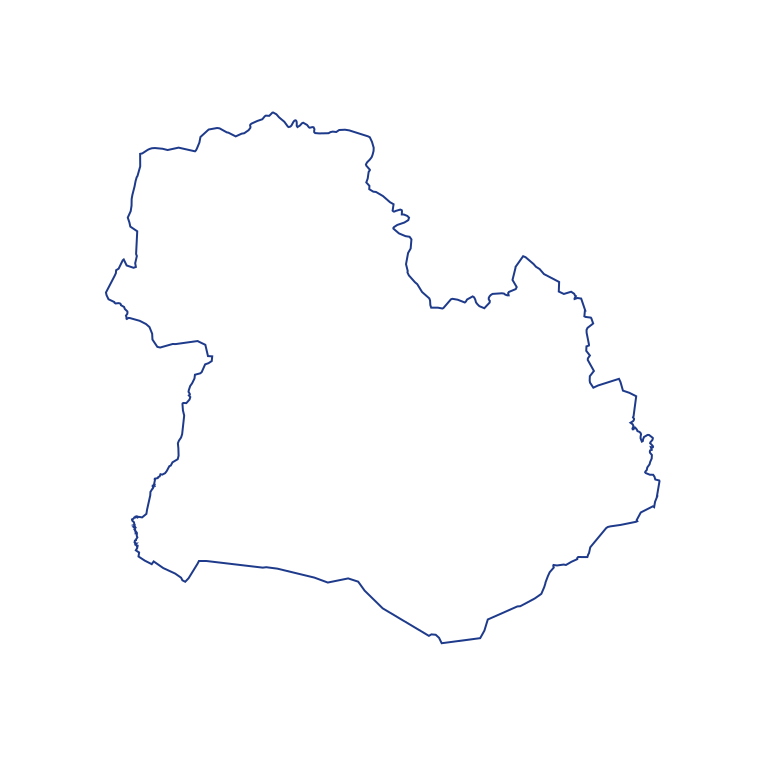 the district of Inešu pag., Vecpiebalgas, Latvia, rotated 193°
{"feature_id": "27541924B64106347464123", "entity_name": "Inešu pag.", "entity_type": "district", "adm_level": 2, "iso_a3": "LVA", "parent_name": "Latvia", "parent_adm1": "Vecpiebalgas", "projection": "orthographic", "projection_center": [25.833, 57.007], "detail": "fine", "context": "isolated", "style": "outline", "palette": "blue", "viewbox_px": 768, "rotation_deg": 193, "n_neighbors": 0, "source": "geoboundaries", "source_scale": "gbopen_adm2", "svg_char_len": 6157}
<svg xmlns="http://www.w3.org/2000/svg" viewBox="0 0 768 768"><g transform="rotate(193 384 384)"><path d="M135.5,428.8L142.9,430.6L149.7,431.3L154.0,439.1L156.2,441.9L175.1,430.7L179.2,427.5L183.6,431.7L184.4,433.7L185.2,437.9L182.4,443.9L190.9,453.3L191.1,454.8L189.8,458.1L194.4,461.8L195.2,466.2L193.0,467.6L193.1,468.4L198.1,479.5L198.8,482.2L198.3,484.5L193.8,490.0L196.8,494.7L197.4,495.2L202.7,494.7L204.0,495.0L204.8,501.1L204.6,501.1L211.1,511.6L214.9,511.3L217.4,509.7L217.6,510.2L216.8,512.8L217.8,513.2L219.0,514.7L222.4,516.0L229.0,512.2L234.5,513.4L236.3,522.8L252.9,527.1L258.2,531.0L262.3,532.4L265.2,534.5L274.6,539.4L277.2,539.8L282.2,527.6L282.0,526.8L282.2,514.3L276.5,508.3L277.0,506.1L283.0,501.8L283.5,500.5L282.5,498.4L283.8,498.1L286.1,498.4L287.4,499.1L289.6,498.9L298.5,496.2L300.0,494.7L300.9,493.1L301.3,491.4L300.9,489.9L299.6,488.8L299.4,487.1L303.3,480.4L308.6,481.3L311.0,482.8L312.7,484.2L314.1,486.8L315.7,488.7L317.3,489.3L322.1,485.0L322.7,482.9L323.6,481.6L331.2,482.7L336.5,482.4L337.8,481.6L343.2,471.4L344.0,470.7L348.6,470.5L355.2,469.0L356.6,471.3L357.9,475.7L359.1,477.6L367.6,482.2L374.1,488.8L376.7,490.1L384.2,495.4L386.0,497.7L386.3,498.2L386.3,499.4L389.5,505.7L390.0,517.1L388.5,522.0L389.8,531.1L392.2,533.2L396.3,532.9L403.3,534.1L409.8,537.5L410.0,538.1L409.5,539.2L406.8,542.0L400.5,545.9L397.2,549.1L397.0,551.7L399.1,553.0L402.7,553.6L404.8,553.2L405.4,556.6L405.9,557.4L407.4,557.6L411.8,555.1L412.5,554.4L413.5,554.2L414.6,554.8L415.1,561.3L419.1,562.5L427.3,566.9L435.0,569.3L437.7,569.0L442.2,570.5L442.8,573.8L446.6,576.4L446.1,580.5L446.6,586.4L446.6,587.5L445.9,588.9L446.0,589.6L450.3,592.7L451.0,593.8L450.4,596.1L448.4,599.3L447.1,602.1L446.7,604.7L446.6,608.7L447.2,611.9L450.1,617.1L453.3,621.2L455.2,621.7L474.9,623.3L479.2,623.0L484.8,621.4L487.2,618.8L490.7,618.4L492.8,617.4L494.4,615.9L503.5,613.6L507.5,613.0L508.6,613.6L509.0,614.9L509.1,616.7L510.4,618.3L511.6,618.2L514.0,617.0L514.9,617.2L517.2,619.1L521.5,620.4L522.6,619.6L524.0,617.0L526.1,614.9L527.1,615.9L527.7,618.6L528.3,620.2L529.0,620.9L529.8,621.0L530.6,620.3L531.3,618.8L532.3,615.1L533.1,613.8L534.7,612.9L535.6,613.2L540.1,617.1L546.2,620.2L549.5,622.6L553.0,623.6L553.8,623.3L556.1,619.5L559.5,618.9L560.4,618.0L562.1,614.6L566.6,611.8L571.7,607.9L572.6,606.7L572.6,605.7L571.9,604.4L571.9,603.4L573.0,600.9L576.6,596.9L579.0,595.9L584.2,591.9L592.2,593.9L593.7,593.8L601.7,596.1L604.2,595.9L612.1,592.5L618.4,583.4L618.2,577.7L619.3,571.1L619.8,569.3L620.5,568.2L637.3,568.1L647.5,563.3L652.7,563.4L660.2,562.4L663.2,561.5L665.1,560.4L666.8,559.1L671.4,554.3L673.4,553.4L670.5,541.2L671.0,531.2L671.5,529.8L671.7,525.8L671.5,520.3L671.7,511.7L671.5,507.5L670.1,501.0L669.7,495.4L671.1,488.5L668.4,484.1L666.6,480.3L658.8,477.3L654.8,454.9L653.6,453.1L653.6,445.7L652.1,442.2L654.2,440.9L661.4,441.6L665.6,446.8L666.4,445.8L668.5,436.7L670.6,434.6L670.2,431.7L670.7,429.2L675.5,410.6L674.3,408.1L671.5,404.6L665.2,403.2L664.9,402.6L663.7,402.1L660.8,403.1L659.3,403.1L658.4,402.5L658.0,401.6L654.6,400.6L653.4,398.8L650.4,397.0L650.1,396.3L649.9,394.7L650.8,392.5L650.0,391.3L649.6,389.7L649.2,389.5L647.8,390.9L646.6,391.1L636.2,390.6L629.4,388.9L625.3,386.7L621.2,380.8L619.6,375.2L613.2,369.2L610.3,369.2L599.0,375.4L595.8,376.1L575.4,383.9L566.9,382.0L561.8,371.6L557.6,372.3L557.0,367.6L559.7,364.8L562.7,362.9L564.3,354.6L565.4,353.1L570.3,350.5L569.9,346.8L571.1,341.6L572.4,338.4L572.8,334.2L572.7,332.4L571.1,330.8L570.8,330.0L571.6,329.0L569.8,327.7L570.0,325.1L572.3,320.9L575.2,320.4L575.8,319.9L575.9,319.3L574.0,313.1L571.6,308.3L569.4,289.7L569.7,286.2L571.1,282.6L571.5,279.9L569.9,275.1L568.0,267.9L568.1,264.3L572.5,260.1L573.4,256.6L574.7,255.6L576.1,250.4L577.2,247.9L579.7,245.8L581.5,245.8L581.8,243.5L583.0,242.6L583.3,241.4L586.0,240.2L586.1,239.7L585.6,239.1L585.5,235.3L585.0,234.7L585.5,234.3L584.7,233.2L585.3,233.1L585.4,232.5L586.5,232.7L586.5,232.4L585.5,231.4L585.8,230.8L585.7,230.2L586.1,229.8L587.3,226.3L586.7,222.9L586.6,208.0L586.3,204.0L589.7,199.6L593.2,199.4L594.0,198.6L594.5,199.2L595.3,198.7L595.5,199.3L596.3,198.9L596.2,198.0L597.2,197.9L597.9,196.3L599.1,195.4L598.5,194.2L596.5,193.0L595.5,190.7L595.8,190.5L595.2,190.5L595.1,189.5L594.2,188.6L594.9,188.5L594.2,188.0L594.2,187.6L594.8,187.6L594.2,187.2L594.0,186.6L594.3,186.1L593.6,185.8L593.4,185.3L593.5,185.0L593.0,184.8L592.7,183.7L592.0,184.0L591.6,183.7L592.1,182.5L591.1,182.5L590.8,180.5L589.8,179.1L590.6,177.0L590.5,176.0L591.5,175.4L591.4,173.6L590.8,173.4L590.6,172.5L589.5,172.8L589.9,172.2L589.9,171.4L587.7,171.1L587.6,170.6L588.2,170.1L587.5,168.9L588.4,166.1L584.7,164.7L584.4,160.7L577.4,158.1L569.8,156.2L568.5,159.3L557.7,155.0L544.8,152.3L538.1,149.6L536.3,147.4L533.2,146.6L530.7,150.8L525.2,167.1L524.5,169.9L517.1,171.6L460.8,177.8L457.5,179.0L446.4,180.1L408.3,179.7L394.1,177.9L375.2,186.5L364.7,185.6L356.4,178.3L334.8,165.1L283.6,148.7L281.5,150.7L277.2,151.3L273.3,149.1L269.5,144.4L233.1,158.0L230.7,166.3L229.9,177.9L204.0,197.3L201.3,198.1L188.8,209.0L183.5,214.9L182.2,222.1L181.9,225.9L182.0,226.9L181.1,233.6L180.2,237.9L177.3,243.3L178.2,244.9L178.1,245.8L174.6,246.1L168.3,248.5L166.0,248.6L161.3,253.0L156.3,256.8L156.6,257.8L155.9,259.1L146.9,261.1L146.7,263.7L146.2,265.4L146.3,271.3L135.1,293.6L133.8,295.0L131.4,296.2L121.8,299.9L107.5,306.4L106.3,307.3L107.2,308.2L104.9,316.6L94.5,325.3L93.1,324.8L93.4,330.3L92.5,336.0L92.8,336.0L93.7,351.3L94.1,351.9L98.2,352.0L99.6,354.5L101.3,356.1L104.5,355.4L108.9,356.1L109.7,356.7L109.6,357.5L108.6,359.4L108.7,361.9L107.2,365.4L107.1,368.0L106.4,371.6L107.0,375.1L109.4,376.9L109.8,378.0L109.8,379.1L108.3,380.1L109.8,382.5L108.2,382.5L107.8,382.8L107.7,383.3L108.1,384.0L111.4,386.2L111.3,387.2L109.9,389.8L109.8,391.5L110.0,392.0L114.4,394.0L115.7,393.7L118.7,390.9L119.1,388.6L119.0,386.6L119.8,385.9L121.8,388.8L122.2,390.8L122.2,392.8L122.9,393.9L124.3,394.8L126.4,395.1L127.4,396.5L129.5,398.1L130.1,398.1L130.7,396.0L131.5,395.8L131.9,396.5L131.5,398.6L131.7,399.5L132.7,400.7L135.1,401.7L132.8,404.0L132.4,405.5L132.6,406.5L133.9,407.5L133.6,408.8L135.5,428.8Z" fill="none" stroke="#1e3a8a" stroke-width="2"/></g></svg>